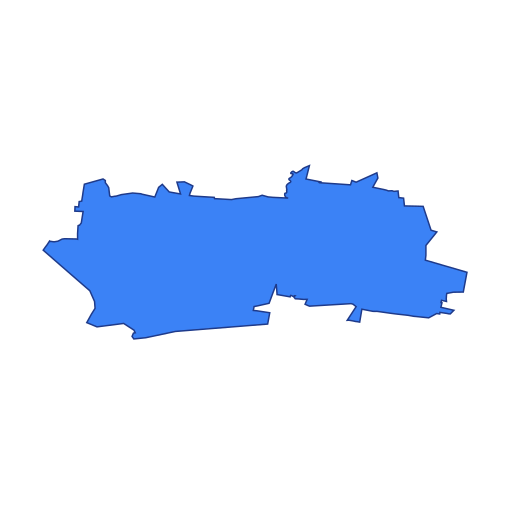 Jaumave, Tamaulipas, Mexico, rotated 280°
{"feature_id": "50627088B13423922112488", "entity_name": "Jaumave", "entity_type": "district", "adm_level": 2, "iso_a3": "MEX", "parent_name": "Mexico", "parent_adm1": "Tamaulipas", "projection": "equal_earth", "projection_center": [-99.351, 23.47], "detail": "fine", "context": "isolated", "style": "filled", "palette": "blue", "viewbox_px": 512, "rotation_deg": 280, "n_neighbors": 0, "source": "geoboundaries", "source_scale": "gbopen_adm2", "svg_char_len": 3206}
<svg xmlns="http://www.w3.org/2000/svg" viewBox="0 0 512 512"><g transform="rotate(280 256 256)"><path d="M161.0,100.9L158.6,111.7L166.6,137.4L161.8,148.7L159.4,150.4L158.8,148.7L155.3,147.9L153.1,150.1L156.4,161.7L167.7,189.7L191.0,279.3L202.5,279.4L202.2,266.4L201.9,262.8L205.9,262.9L207.2,266.3L211.7,277.1L220.5,278.7L231.9,280.8L222.7,283.2L221.7,283.4L221.7,296.7L222.7,296.8L223.2,296.9L223.2,297.8L222.7,299.3L223.0,300.4L223.3,300.6L223.6,300.9L223.6,301.4L222.4,300.5L222.2,300.4L220.7,302.1L221.1,305.4L221.5,310.4L222.2,313.9L217.0,312.7L216.3,315.4L215.9,317.4L225.6,357.9L225.4,359.9L223.5,363.4L208.5,357.0L208.9,358.7L208.9,360.8L208.9,363.1L208.8,365.2L208.8,366.2L208.9,366.6L208.9,366.8L208.9,367.5L208.9,368.7L208.9,369.6L222.0,369.5L221.8,380.7L222.2,383.3L222.5,384.7L223.0,399.0L223.2,403.4L224.0,416.0L224.0,422.1L224.1,422.7L225.1,436.8L230.7,443.9L230.8,447.0L232.4,446.9L232.6,454.3L232.5,455.5L232.7,457.4L236.9,460.3L237.6,447.0L242.2,447.3L242.2,446.3L244.6,446.4L244.3,451.5L246.8,450.8L247.9,450.7L250.2,450.4L252.3,450.4L254.3,455.8L254.6,456.5L256.5,466.4L276.6,466.6L281.3,423.5L286.2,423.2L290.2,422.5L295.9,421.5L311.1,429.9L311.8,423.9L333.9,412.0L333.1,406.5L331.1,393.5L338.6,391.3L338.3,386.5L344.7,384.6L343.6,380.6L343.9,378.6L343.1,375.1L343.5,372.9L343.7,369.6L343.7,368.7L344.0,359.1L347.3,360.2L353.9,362.5L358.9,360.6L346.1,341.8L346.1,341.7L347.0,337.3L344.0,336.9L342.5,336.7L340.3,316.1L339.2,305.8L340.0,304.5L339.9,307.2L340.2,307.2L340.5,291.9L354.3,292.9L351.4,288.4L350.0,286.8L348.9,286.2L345.6,282.5L345.4,282.2L345.1,281.8L344.8,281.4L344.8,281.0L345.0,280.0L345.1,279.6L345.4,279.2L345.6,278.6L345.9,278.0L345.7,277.3L345.0,276.5L344.4,276.2L344.1,276.0L343.8,275.8L343.5,275.9L343.3,276.0L343.2,276.4L343.3,277.4L343.4,277.7L343.3,278.1L343.0,278.3L342.6,278.3L341.4,277.8L340.9,277.6L340.5,277.5L339.4,276.6L338.1,275.2L337.6,275.0L337.2,275.1L336.9,275.3L336.6,275.7L336.6,275.9L336.1,276.8L335.8,277.1L335.5,277.3L335.2,277.3L334.8,277.2L334.3,276.8L334.0,276.3L333.3,275.5L332.0,274.4L331.3,274.0L330.9,273.9L330.0,273.7L327.9,274.4L326.6,274.9L326.2,274.7L325.1,275.0L324.3,275.2L323.8,275.1L323.4,274.9L323.2,274.6L322.9,273.8L322.7,273.6L322.4,273.5L321.9,273.5L320.7,273.8L320.4,274.0L319.4,274.7L319.0,275.3L318.7,275.5L318.6,277.6L316.7,262.5L316.3,257.6L316.9,251.5L314.9,248.0L308.9,226.2L307.3,222.1L305.3,205.2L306.5,204.7L304.2,184.5L304.0,179.9L306.3,180.1L310.5,181.0L313.8,181.7L314.0,181.7L314.8,179.1L316.6,172.6L315.0,165.3L304.0,170.9L304.0,159.4L310.3,151.3L306.7,148.2L304.2,147.7L296.5,146.1L297.1,132.9L297.3,132.0L297.3,131.5L296.6,123.6L293.1,112.8L290.4,107.3L290.5,107.0L289.1,103.3L289.8,101.5L297.7,99.1L299.7,97.4L302.0,94.9L304.2,94.5L305.2,92.2L305.3,92.0L296.9,74.5L288.7,74.6L286.2,74.7L279.8,74.8L279.2,73.3L278.9,72.4L273.5,72.8L273.2,69.2L268.7,69.8L269.8,78.0L258.2,78.2L255.6,76.8L255.3,75.8L255.0,75.5L247.0,76.4L241.5,77.4L241.6,76.4L239.8,64.6L239.0,62.1L236.2,58.4L234.9,54.7L234.8,52.8L234.8,51.0L234.5,50.7L234.9,50.1L230.7,48.3L228.0,46.9L224.8,45.4L213.2,64.6L201.3,84.4L192.9,98.4L183.2,104.9L176.5,106.6L170.1,104.0L161.0,100.9Z" fill="#3b82f6" stroke="#1e3a8a" stroke-width="1.5"/></g></svg>